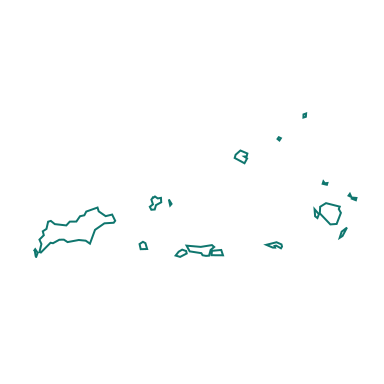 outline of Maluku Barat Daya, Maluku, Indonesia, rotated 354°
{"feature_id": "22746128B88480653802061", "entity_name": "Maluku Barat Daya", "entity_type": "district", "adm_level": 2, "iso_a3": "IDN", "parent_name": "Indonesia", "parent_adm1": "Maluku", "projection": "robinson", "projection_center": [127.795, -7.318], "detail": "medium", "context": "isolated", "style": "outline", "palette": "teal", "viewbox_px": 384, "rotation_deg": 354, "n_neighbors": 0, "source": "geoboundaries", "source_scale": "gbopen_adm2", "svg_char_len": 1947}
<svg xmlns="http://www.w3.org/2000/svg" viewBox="0 0 384 384"><g transform="rotate(354 192 192)"><path d="M96.4,197.6L84.8,200.4L82.5,203.9L78.1,204.4L73.9,209.3L67.3,208.7L63.5,212.1L52.2,209.6L48.6,206.0L45.8,206.5L43.4,213.5L39.5,215.5L40.1,219.5L35.3,223.4L36.8,228.0L34.0,235.8L35.4,236.4L46.0,227.7L48.4,228.4L55.1,225.6L59.6,226.0L63.0,228.8L74.4,227.9L81.2,229.3L85.1,232.7L91.6,219.5L101.6,214.0L110.9,214.4L112.6,212.6L110.2,206.1L103.6,207.0L97.2,201.5L96.4,197.6ZM324.1,217.1L317.9,220.1L316.9,226.6L326.2,238.7L332.5,238.9L337.9,228.3L336.2,224.3L337.4,222.0L324.1,217.1ZM195.0,247.5L181.0,244.8L183.5,250.8L194.9,253.8L195.9,256.0L199.2,257.0L202.3,257.1L204.5,251.5L208.3,249.0L206.3,246.9L195.0,247.5ZM244.5,155.8L239.3,159.5L238.0,162.6L247.2,168.9L250.3,164.4L247.7,162.2L250.1,162.2L251.1,159.5L244.5,155.8ZM153.3,192.5L150.8,195.3L151.9,200.2L148.5,202.3L149.7,205.4L153.1,205.5L154.8,201.3L160.3,199.0L160.5,194.6L157.2,194.8L154.7,192.6L152.8,193.7L153.3,192.5ZM215.0,252.7L205.7,252.6L204.8,256.9L216.2,258.2L215.0,252.7ZM270.8,250.8L260.4,252.3L266.5,255.7L268.8,256.0L268.4,254.3L270.0,254.1L274.6,257.3L275.8,255.7L275.5,253.5L270.8,250.8ZM176.2,248.3L172.5,250.0L169.1,253.5L173.4,255.3L180.3,252.6L180.0,250.1L176.2,248.3ZM138.0,236.4L134.4,238.3L135.0,243.5L141.4,244.0L140.3,238.0L138.0,236.4ZM342.4,243.6L336.7,247.1L334.1,253.0L337.1,251.5L342.4,243.6ZM312.1,221.9L311.9,229.0L314.0,231.0L315.9,227.4L312.1,221.9ZM30.1,232.5L29.1,233.6L29.5,234.0L29.8,239.2L30.0,240.1L30.3,240.2L32.2,236.4L30.1,232.5ZM313.7,125.8L311.0,126.5L310.6,129.6L313.1,129.1L313.7,125.8ZM323.8,195.2L322.8,197.5L326.9,198.9L327.6,197.2L325.0,197.2L323.8,195.2ZM284.0,146.6L282.6,148.2L284.3,149.9L286.0,147.8L284.0,146.6ZM354.9,215.1L350.9,214.3L350.2,215.3L354.1,217.3L354.9,215.1ZM348.8,210.3L347.3,212.0L349.9,213.6L348.8,210.3ZM170.4,201.7L168.2,197.0L168.9,203.1L170.4,201.7Z" fill="none" stroke="#0f766e" stroke-width="2"/></g></svg>